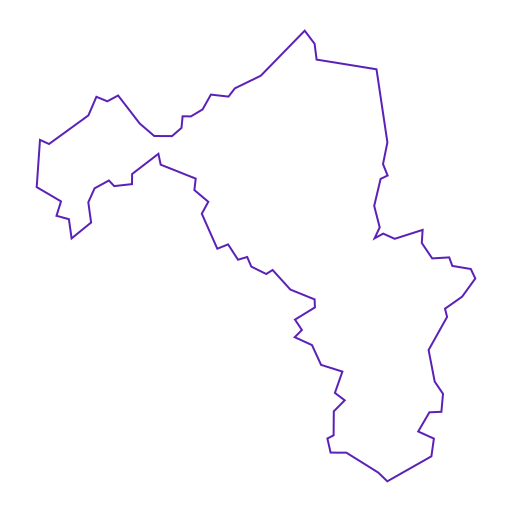 the district of Perry, Kentucky, United States of America
{"feature_id": "52423323B29211296976241", "entity_name": "Perry", "entity_type": "district", "adm_level": 2, "iso_a3": "USA", "parent_name": "United States of America", "parent_adm1": "Kentucky", "projection": "mercator", "projection_center": [-83.253, 37.218], "detail": "fine", "context": "isolated", "style": "outline", "palette": "violet", "viewbox_px": 512, "rotation_deg": 0, "n_neighbors": 0, "source": "geoboundaries", "source_scale": "gbopen_adm2", "svg_char_len": 1208}
<svg xmlns="http://www.w3.org/2000/svg" viewBox="0 0 512 512"><path d="M71.6,238.4L91.1,222.5L88.3,202.3L94.6,188.3L108.9,180.5L114.2,186.1L132.0,184.1L132.1,174.0L158.4,153.8L160.7,164.7L195.7,178.6L194.4,190.1L208.3,201.8L201.8,213.7L217.3,248.7L228.1,244.4L238.0,259.7L247.2,257.0L251.3,266.6L266.2,274.0L272.6,270.0L290.4,289.6L314.6,299.4L314.9,307.4L295.0,319.6L301.9,330.0L294.7,337.2L312.0,345.1L321.1,364.9L342.4,371.6L334.9,392.9L344.7,400.3L333.8,411.3L333.6,435.3L327.4,438.5L330.6,452.6L346.4,452.7L378.3,472.6L387.3,481.3L431.4,456.3L433.9,438.6L418.2,431.5L429.4,412.3L441.4,411.8L443.0,393.8L434.7,381.6L428.6,350.0L447.1,316.9L445.0,308.7L462.1,296.7L475.3,278.5L470.8,269.0L452.3,265.9L449.2,257.4L432.2,258.4L421.8,243.0L422.6,229.9L394.7,238.8L383.2,233.6L374.6,238.3L379.7,227.4L374.2,205.9L380.6,178.9L387.6,175.5L383.0,164.1L387.4,142.4L376.5,69.3L316.6,59.6L314.6,43.8L304.7,30.7L260.8,75.7L234.9,88.3L228.5,96.6L210.9,94.6L202.6,109.4L190.9,116.4L182.6,116.3L181.5,127.9L172.0,136.1L154.2,136.0L139.7,123.5L118.1,95.5L107.3,101.3L96.4,96.8L88.4,115.4L49.0,144.0L40.0,139.9L36.7,187.1L61.0,201.4L56.5,215.8L68.9,219.2L71.6,238.4Z" fill="none" stroke="#5b21b6" stroke-width="2"/></svg>